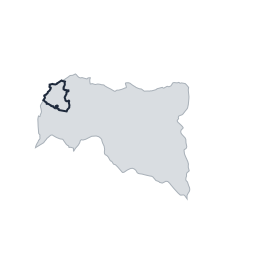 Central African Republic, with Nana-Mambéré highlighted, rotated 35°
{"feature_id": "CAF-804", "entity_name": "Nana-Mambéré", "entity_type": "Prefecture", "adm_level": 1, "iso_a3": "CAF", "parent_name": "Central African Republic", "parent_adm1": "", "projection": "natural_earth1", "projection_center": [15.312, 5.849], "detail": "fine", "context": "in_parent", "style": "outline", "palette": "slate", "viewbox_px": 256, "rotation_deg": 35, "n_neighbors": 0, "source": "natural_earth", "source_scale": "10m", "svg_char_len": 6219}
<svg xmlns="http://www.w3.org/2000/svg" viewBox="0 0 256 256"><g transform="rotate(35 128 128)"><path d="M170.9,95.4L172.9,96.0L173.2,96.7L172.7,99.0L173.1,100.5L174.2,101.7L175.4,102.2L176.5,102.5L180.3,103.3L181.9,104.2L184.0,106.9L186.7,109.4L187.3,110.7L187.2,111.9L186.5,113.4L186.6,114.0L187.8,115.4L189.2,116.9L191.8,118.6L196.2,121.2L198.2,122.9L198.9,124.2L200.0,125.7L201.6,127.0L202.7,128.0L202.0,130.8L202.2,131.8L202.6,132.6L203.5,133.7L203.9,135.2L204.8,137.0L205.9,137.8L207.7,138.1L208.7,138.9L210.7,140.4L212.6,141.6L213.5,142.5L214.0,143.2L214.4,144.1L214.6,145.0L214.7,146.9L215.0,149.3L216.1,151.0L217.1,152.2L213.1,150.8L212.5,150.8L211.8,151.0L209.8,152.7L209.1,152.9L206.5,152.6L200.2,151.2L195.4,149.9L193.9,149.4L191.3,149.0L189.6,149.9L188.0,152.9L187.6,153.5L185.1,154.4L183.9,154.2L181.0,155.0L176.5,153.8L174.9,154.0L173.6,154.7L170.4,156.0L168.4,156.8L166.1,157.6L164.0,158.7L162.5,159.3L161.1,159.3L159.8,158.6L158.4,158.1L156.7,158.0L155.0,158.3L153.5,159.5L152.9,160.4L151.6,162.7L150.1,166.5L149.5,167.2L148.9,167.6L141.9,165.8L138.9,165.3L136.8,165.9L134.3,164.8L133.1,164.7L132.6,165.0L131.2,164.5L128.8,163.2L126.6,162.7L124.6,162.9L123.4,162.4L122.4,161.2L121.1,158.9L118.9,156.6L115.8,154.8L113.9,153.4L113.1,152.5L111.4,152.0L108.9,151.9L106.5,152.8L103.0,155.6L99.8,161.5L98.0,163.7L96.5,164.3L96.2,165.7L96.9,167.9L97.1,170.5L96.6,174.9L96.8,178.0L96.0,177.5L95.2,176.1L94.9,175.8L92.8,176.4L91.6,177.0L91.1,177.6L90.6,177.7L89.9,176.9L89.4,176.7L88.5,176.9L87.7,176.9L87.1,176.8L86.8,176.8L85.8,176.4L82.1,175.1L81.4,174.7L80.7,174.8L78.8,175.8L77.8,176.1L74.7,176.8L71.5,177.1L70.2,177.1L69.4,177.6L68.8,178.3L67.8,182.3L67.5,183.0L67.6,184.0L67.3,187.3L67.4,188.3L63.5,197.2L62.9,195.7L62.5,194.0L62.3,192.0L62.4,191.5L62.2,190.9L61.8,189.2L62.1,188.2L61.9,187.1L61.1,186.0L60.4,185.2L60.0,184.4L59.7,184.1L59.0,184.0L57.9,183.6L53.6,178.4L49.1,172.5L48.2,170.6L47.8,169.5L48.9,169.4L49.2,169.2L49.2,168.7L48.5,167.2L48.2,165.3L47.6,164.1L45.9,162.3L44.2,160.9L43.6,160.2L43.3,159.2L42.7,152.9L42.4,151.1L41.9,150.3L41.5,149.9L41.3,149.5L41.4,148.4L41.6,147.3L41.6,147.0L42.1,146.1L42.1,140.2L41.5,139.4L40.5,139.4L40.0,138.5L39.5,137.5L39.7,136.7L40.7,135.5L41.3,135.0L43.2,134.1L43.8,133.6L44.1,133.1L44.3,132.3L45.4,129.3L47.1,126.2L47.8,125.6L49.5,121.2L49.9,120.1L50.2,118.9L50.7,118.0L52.5,116.5L53.9,113.9L55.4,114.0L56.9,114.5L58.9,114.7L60.4,114.2L61.4,113.1L66.2,111.4L66.5,110.0L67.3,109.2L68.1,108.6L68.4,108.5L68.5,109.0L69.0,110.4L70.1,111.9L71.7,113.5L72.2,113.4L73.2,112.2L75.6,111.4L76.3,111.1L78.0,109.3L80.1,108.2L81.4,107.8L83.5,106.6L85.0,106.8L87.5,106.6L91.6,106.0L94.5,105.8L96.0,105.6L96.4,105.4L97.0,103.7L97.4,103.2L98.5,102.5L100.7,99.9L102.1,97.8L102.5,97.0L102.8,96.8L103.4,95.9L102.8,95.0L100.4,93.1L100.4,92.8L100.3,92.5L100.4,92.2L101.3,91.5L102.6,90.6L103.9,90.2L107.4,90.3L110.4,90.1L111.1,90.2L113.4,89.7L114.9,89.3L116.6,88.4L120.2,88.5L123.3,86.1L124.2,85.7L124.6,85.3L124.7,85.0L126.1,84.0L127.7,82.1L129.0,80.4L129.3,79.2L132.8,75.0L134.0,75.1L134.6,74.6L135.9,71.8L136.3,71.3L137.8,70.8L138.4,70.0L139.0,68.8L139.0,67.3L138.8,66.1L138.8,65.5L139.1,65.0L139.6,64.4L142.3,62.9L142.9,62.2L143.3,61.6L144.1,61.4L144.9,61.5L145.4,61.1L145.9,60.4L147.8,59.5L149.4,58.8L151.2,59.1L154.4,60.0L155.4,62.0L155.9,62.7L159.9,67.3L160.7,68.5L162.6,71.8L163.9,74.1L165.3,77.4L165.4,79.2L165.2,80.7L165.0,85.1L164.6,86.3L162.9,88.7L162.8,89.7L163.2,90.6L163.7,90.9L164.1,91.4L163.9,93.4L164.5,94.2L165.8,94.7L169.1,95.1L170.9,95.4Z" fill="#d9dde1" stroke="#a8b0b8" stroke-width="1"/><path d="M41.5,135.1L43.5,134.0L43.7,133.8L44.2,133.0L44.4,132.7L44.4,132.4L44.3,132.0L44.3,131.8L44.7,131.3L46.3,127.2L46.5,127.2L46.8,127.2L47.2,127.2L47.3,127.2L48.4,126.6L49.7,126.1L49.8,126.1L49.9,126.4L49.9,126.5L49.9,126.9L49.9,127.1L50.0,127.2L50.8,128.0L51.2,128.5L51.4,128.9L51.5,129.2L51.6,129.4L51.7,130.2L51.7,130.6L51.8,130.9L51.8,131.1L51.8,131.3L51.9,131.5L52.1,131.6L52.1,131.8L52.1,132.0L52.5,132.6L52.8,133.0L53.1,133.3L53.4,133.2L53.6,133.0L53.9,132.9L54.3,133.1L54.7,133.1L54.9,132.9L55.1,132.7L56.0,132.2L56.9,131.9L57.1,131.8L57.4,131.6L57.5,131.5L57.6,131.4L57.7,131.5L57.9,131.7L58.1,132.0L57.9,132.5L57.2,133.3L57.0,133.5L57.0,133.9L57.2,134.2L57.7,134.8L57.9,135.2L58.1,135.6L58.2,136.0L58.2,137.4L58.3,137.7L58.4,138.1L58.5,138.2L58.4,138.8L58.5,139.1L58.6,139.3L59.2,139.8L59.3,139.9L59.6,140.1L60.0,140.3L60.3,140.6L60.8,141.1L61.0,141.3L61.3,141.3L61.6,141.3L61.9,141.4L62.1,141.4L62.4,141.3L62.7,141.1L62.9,140.9L63.1,140.7L63.3,140.5L63.6,139.7L63.8,139.5L64.0,139.5L64.4,139.7L64.5,140.0L64.6,140.3L64.7,140.6L64.9,140.9L65.3,141.5L66.3,142.3L67.0,143.0L67.2,143.3L67.5,144.0L67.8,144.4L68.1,144.9L68.1,145.7L67.8,147.4L67.8,147.8L67.8,148.1L68.0,148.5L68.2,149.6L61.8,152.6L61.4,152.8L61.0,152.8L60.8,152.8L60.6,152.7L60.4,152.5L60.3,152.2L60.2,152.2L59.9,152.2L59.5,152.4L58.7,152.7L58.4,152.6L58.1,152.1L58.0,151.9L58.1,151.7L58.1,151.4L58.0,151.2L57.9,150.9L57.8,150.7L57.9,150.3L57.8,150.2L57.6,150.2L57.2,150.2L57.0,150.3L57.0,150.5L56.9,150.6L56.5,151.1L56.5,151.3L56.4,151.4L56.5,151.5L56.6,151.8L56.8,153.6L56.7,153.6L55.7,153.6L55.4,153.6L55.2,153.5L54.9,153.6L54.4,153.2L54.2,153.1L53.9,153.2L53.1,153.8L52.9,153.9L52.5,154.0L52.4,153.9L52.0,153.7L51.8,153.7L51.7,153.8L49.2,153.9L48.9,154.0L48.5,154.1L47.9,154.6L47.7,154.8L47.4,154.8L47.3,154.6L46.8,153.9L46.7,153.9L46.4,153.8L46.2,153.8L45.8,154.0L45.5,154.0L45.2,154.0L44.0,153.8L42.9,153.7L42.7,153.7L42.8,153.1L42.7,152.5L42.7,151.7L42.7,151.3L42.6,151.0L42.4,150.6L42.2,150.4L41.9,150.2L41.3,150.0L41.0,149.8L40.8,149.5L40.8,149.3L41.0,149.1L41.1,148.8L41.2,148.6L41.2,148.4L41.3,148.3L41.5,148.0L41.6,147.8L41.6,147.7L41.8,147.6L41.8,147.4L41.8,146.9L41.8,146.7L42.0,146.2L42.1,145.6L42.1,145.4L42.0,145.1L41.8,144.8L41.7,144.6L41.7,144.3L41.8,144.0L42.0,143.3L42.2,142.5L42.3,142.2L42.2,141.9L42.1,140.2L41.9,139.9L41.8,139.6L41.6,139.3L41.1,139.5L40.9,139.6L40.5,139.5L40.2,139.5L40.0,139.3L39.9,139.1L39.9,138.8L39.8,138.5L39.6,138.3L39.4,138.1L39.2,137.9L39.0,137.6L38.9,137.4L39.0,137.3L39.1,137.2L39.3,137.3L39.5,137.1L39.6,136.9L39.6,136.7L40.0,136.1L40.6,135.6L40.8,135.3L41.0,135.1L41.5,135.1Z" fill="none" stroke="#1e293b" stroke-width="2"/></g></svg>